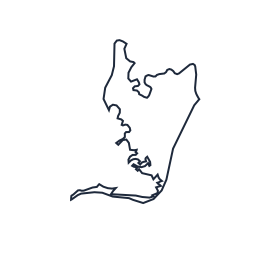 the Governorate of Dumyat, rotated 132°
{"feature_id": "EGY-1539", "entity_name": "Dumyat", "entity_type": "Governorate", "adm_level": 1, "iso_a3": "EGY", "parent_name": "Egypt", "parent_adm1": "", "projection": "albers", "projection_center": [31.792, 31.35], "detail": "fine", "context": "isolated", "style": "outline", "palette": "slate", "viewbox_px": 256, "rotation_deg": 132, "n_neighbors": 0, "source": "natural_earth", "source_scale": "10m", "svg_char_len": 2329}
<svg xmlns="http://www.w3.org/2000/svg" viewBox="0 0 256 256"><g transform="rotate(132 128 128)"><path d="M216.1,124.7L214.1,124.1L207.8,123.4L206.4,122.1L205.6,120.4L204.1,118.9L195.9,114.5L192.6,111.7L191.3,111.8L189.0,111.8L188.1,107.0L186.2,102.7L183.7,99.3L180.8,96.9L184.8,96.9L188.6,96.4L173.0,77.0L169.7,71.2L165.3,65.4L161.8,63.4L161.7,64.9L156.6,62.5L154.6,63.8L153.3,67.4L149.1,64.9L149.0,66.1L149.3,68.5L149.1,69.6L148.0,68.9L145.9,68.1L144.7,67.4L144.8,70.2L144.3,72.2L142.8,74.8L149.1,74.8L147.4,78.8L152.1,87.3L151.2,92.2L153.3,92.2L153.3,94.5L151.2,94.5L151.9,96.1L152.9,97.8L153.3,99.6L151.2,99.6L150.2,95.2L148.1,91.8L145.0,89.9L140.7,89.5L141.9,86.8L140.6,86.5L138.4,88.9L136.5,94.5L138.4,94.7L139.4,94.3L140.7,92.2L142.9,93.9L144.6,94.6L147.0,94.5L147.0,96.9L144.7,96.9L144.7,99.6L145.9,101.7L147.7,103.2L150.1,104.1L153.3,104.3L151.2,106.5L148.0,107.3L145.0,106.6L142.8,104.3L140.7,104.3L140.9,106.2L140.4,106.6L139.4,106.5L138.4,107.0L139.8,108.0L140.9,109.2L142.8,111.9L138.5,117.4L137.7,121.5L140.4,123.8L147.0,124.0L147.0,126.7L142.9,125.9L139.6,124.5L136.8,124.3L134.2,126.7L132.3,126.7L130.3,124.5L128.2,124.7L126.7,126.8L126.1,130.5L127.3,132.3L129.5,133.5L129.9,134.8L126.1,136.5L126.1,138.7L127.8,142.2L125.7,143.4L122.2,144.3L119.5,146.6L118.9,151.6L120.8,154.8L124.2,155.7L127.5,154.1L122.8,165.6L113.3,171.9L99.6,175.4L91.5,179.7L74.3,194.5L70.5,194.8L68.4,193.1L67.1,189.8L66.4,185.4L71.6,183.7L77.3,176.0L77.1,171.0L75.3,168.0L75.4,166.5L80.6,166.2L86.6,164.6L91.0,160.9L91.5,156.8L85.8,153.9L86.6,151.1L87.2,149.8L87.9,148.7L90.0,148.7L92.6,150.9L95.1,150.9L96.2,149.3L94.2,146.5L94.2,143.8L95.4,142.3L94.5,139.3L94.1,136.8L92.8,134.1L90.9,134.0L89.2,134.3L83.3,136.7L82.7,138.2L82.7,139.3L83.6,142.7L83.7,144.1L83.0,146.2L81.0,148.0L77.9,149.5L75.9,148.8L74.8,148.1L72.7,143.5L71.3,142.1L69.2,142.0L67.0,140.8L63.2,137.5L60.9,137.1L58.6,137.7L56.5,136.7L55.6,134.9L55.4,132.4L56.0,129.9L55.1,127.5L53.3,126.6L39.4,124.4L36.9,122.6L36.6,120.6L37.3,119.2L42.7,113.0L53.2,105.1L55.4,102.8L56.9,100.2L57.7,98.2L58.8,94.9L58.9,94.3L66.8,94.0L113.2,80.7L140.7,64.9L151.9,61.2L163.7,61.5L173.6,66.5L178.0,76.1L179.5,80.4L189.2,93.5L193.3,103.8L198.2,110.0L208.1,118.9L211.4,120.4L218.9,122.1L219.4,122.3L217.3,124.0L216.2,124.7L216.1,124.7Z" fill="none" stroke="#1e293b" stroke-width="2"/></g></svg>